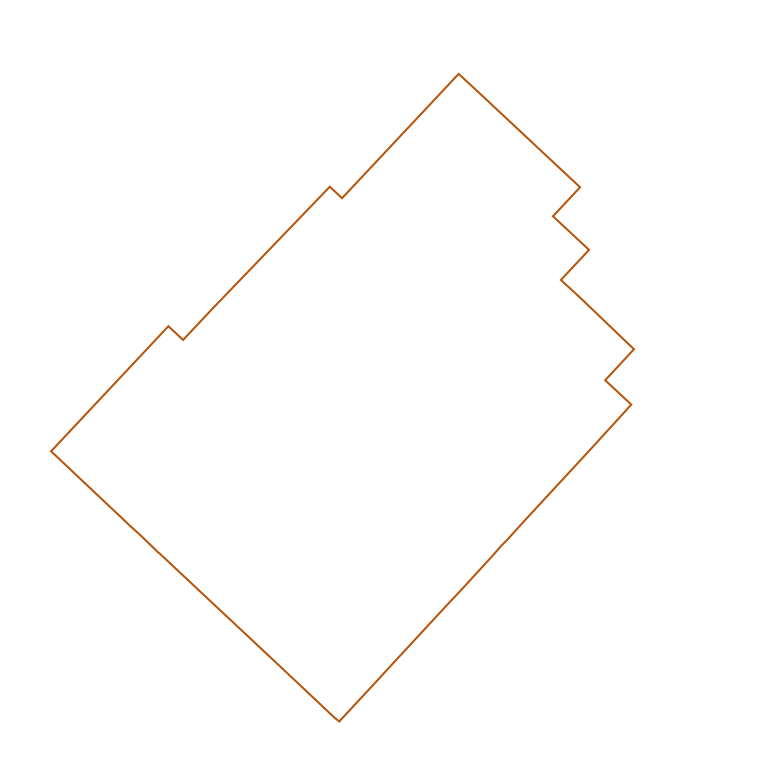 outline of Carter, Montana, United States of America, rotated 43°
{"feature_id": "52423323B60949778824186", "entity_name": "Carter", "entity_type": "district", "adm_level": 2, "iso_a3": "USA", "parent_name": "United States of America", "parent_adm1": "Montana", "projection": "robinson", "projection_center": [-104.408, 45.567], "detail": "fine", "context": "isolated", "style": "outline", "palette": "amber", "viewbox_px": 768, "rotation_deg": 43, "n_neighbors": 0, "source": "geoboundaries", "source_scale": "gbopen_adm2", "svg_char_len": 741}
<svg xmlns="http://www.w3.org/2000/svg" viewBox="0 0 768 768"><g transform="rotate(43 384 384)"><path d="M186.4,660.3L191.5,660.3L193.9,660.3L194.3,660.3L294.4,660.9L296.5,660.9L309.8,660.7L334.0,661.2L334.5,661.0L411.0,661.2L498.2,661.4L574.3,661.8L577.3,661.7L581.6,661.2L581.4,660.2L581.3,600.0L581.2,599.5L581.0,556.7L580.8,496.7L580.9,492.1L580.9,478.0L580.8,468.6L580.5,434.9L580.1,421.2L580.3,416.7L580.4,415.0L580.1,397.6L580.1,392.0L580.0,388.4L579.6,294.8L579.0,237.0L578.9,235.3L578.9,230.4L543.2,230.4L543.1,188.1L467.1,187.1L442.4,187.3L442.5,146.1L393.2,146.1L393.2,106.4L248.2,106.2L227.1,106.3L226.6,276.7L209.8,276.7L207.2,444.6L207.0,488.8L186.9,488.8L186.4,660.3Z" fill="none" stroke="#b45309" stroke-width="2"/></g></svg>